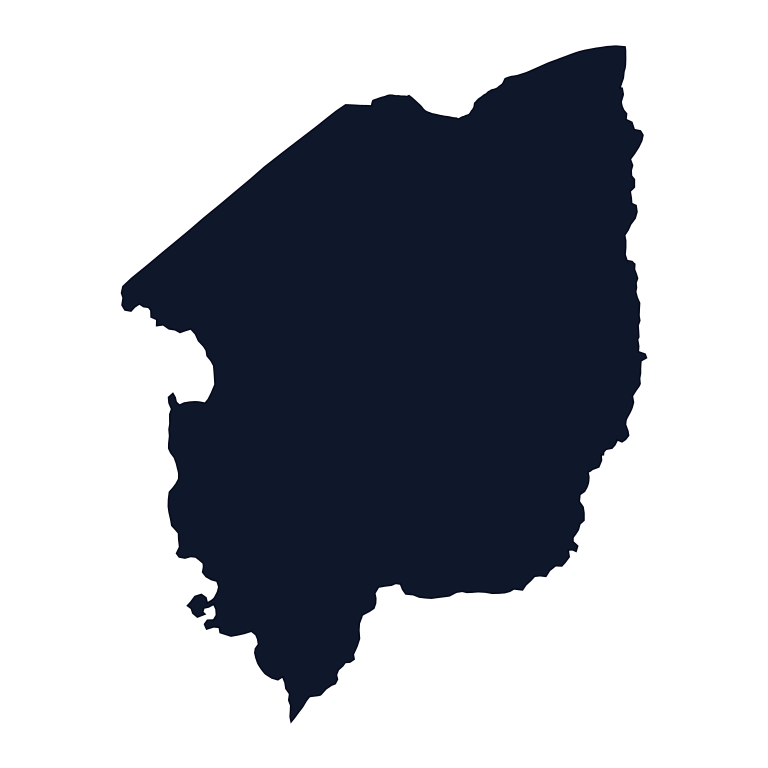 Marakwet East, Rift Valley, Kenya (orthographic projection)
{"feature_id": "3690345B26983318491135", "entity_name": "Marakwet East", "entity_type": "district", "adm_level": 2, "iso_a3": "KEN", "parent_name": "Kenya", "parent_adm1": "Rift Valley", "projection": "orthographic", "projection_center": [35.578, 1.135], "detail": "fine", "context": "isolated", "style": "filled", "palette": "ink", "viewbox_px": 768, "rotation_deg": 0, "n_neighbors": 0, "source": "geoboundaries", "source_scale": "gbopen_adm2", "svg_char_len": 5743}
<svg xmlns="http://www.w3.org/2000/svg" viewBox="0 0 768 768"><path d="M522.5,590.0L525.8,585.0L528.1,582.9L530.9,580.3L534.6,576.3L540.1,575.7L545.9,576.4L549.6,570.5L555.6,565.7L561.8,566.0L565.1,562.4L569.2,556.9L568.2,550.1L571.7,549.8L573.1,550.0L576.1,551.4L577.7,546.0L573.0,541.7L573.0,537.5L574.4,535.6L575.7,533.9L578.3,529.8L579.9,524.0L584.0,520.3L584.0,513.1L583.1,507.1L579.3,501.6L579.9,494.6L584.5,491.4L586.6,487.8L587.3,486.2L588.2,483.5L588.6,481.3L588.9,477.1L588.0,472.1L590.2,471.1L592.4,469.4L598.8,467.0L601.5,460.4L601.2,454.9L603.4,454.8L603.7,452.0L606.1,449.3L612.0,448.2L614.9,444.9L617.4,439.9L622.0,441.9L625.5,439.5L628.6,435.5L627.9,431.0L625.5,424.6L626.0,420.2L626.8,418.2L627.6,416.7L630.2,412.0L631.3,409.6L632.2,407.3L633.5,402.4L632.4,396.0L636.0,390.3L638.9,386.3L640.1,383.8L639.6,378.5L640.5,373.5L640.5,370.9L640.5,368.9L640.7,364.7L641.0,360.9L646.5,357.8L645.1,354.1L638.3,351.7L638.7,346.2L637.6,339.3L638.8,337.1L638.5,331.2L638.1,325.4L639.8,320.6L639.0,315.5L639.3,308.5L639.6,303.1L637.2,297.6L635.7,291.9L636.5,287.5L636.0,282.9L637.6,278.4L636.3,274.1L634.5,269.4L634.8,264.1L633.7,263.2L632.1,261.5L627.0,260.6L625.1,254.6L625.7,247.6L625.7,240.7L624.7,235.2L628.2,229.9L630.6,224.4L635.2,218.2L637.0,211.8L636.1,205.5L631.7,203.5L631.3,198.0L630.2,191.3L634.4,187.2L634.4,179.4L631.5,175.9L631.2,170.5L632.6,165.3L630.3,159.2L634.5,153.6L638.7,147.0L641.8,140.6L643.0,135.1L640.5,130.9L634.3,129.6L631.9,122.3L626.0,119.5L626.6,113.7L623.7,110.2L622.0,106.3L621.1,102.0L623.3,94.6L622.2,88.2L620.0,87.9L621.8,82.4L623.3,78.0L624.0,71.5L625.0,68.0L625.4,65.0L625.6,59.5L625.5,50.0L625.1,46.9L616.0,46.1L614.0,46.2L611.9,46.4L607.0,46.7L601.4,47.6L596.0,48.3L590.3,49.4L584.9,50.4L579.6,51.7L575.8,52.9L574.1,53.5L572.4,54.1L565.5,56.7L558.7,59.2L557.1,59.9L555.3,60.5L548.5,63.0L541.5,66.1L535.0,69.0L528.4,71.9L526.5,72.7L524.7,73.3L517.5,75.6L513.7,76.3L511.6,76.5L509.8,77.0L507.1,77.9L505.1,78.7L504.5,80.0L503.6,82.0L502.5,84.0L501.0,85.2L499.2,86.5L497.4,88.1L494.9,89.2L492.9,89.7L491.5,90.0L490.0,91.0L488.4,91.8L487.2,93.0L485.8,94.2L483.9,95.1L482.5,96.3L481.3,97.2L479.8,98.2L478.4,99.2L477.0,100.7L475.7,102.2L474.7,103.2L474.4,105.0L474.2,106.8L473.5,108.2L472.7,109.7L471.5,111.0L470.5,112.8L469.2,114.5L467.5,115.2L465.7,115.7L464.1,116.6L462.5,116.9L460.6,117.9L458.6,119.1L456.2,118.1L454.0,118.0L451.7,117.6L449.6,117.1L447.2,116.7L445.1,116.5L443.7,116.3L442.1,115.9L440.5,115.7L438.5,115.2L436.3,114.7L433.6,114.1L431.8,113.8L430.1,113.0L428.2,112.4L426.8,111.8L425.1,110.9L423.3,109.2L421.2,106.5L419.8,105.1L417.1,102.6L415.8,101.4L414.6,100.3L411.8,97.8L409.0,95.6L406.9,96.6L405.2,96.3L403.2,96.2L400.9,96.2L398.4,95.8L396.2,95.9L394.0,95.6L392.1,95.2L390.6,95.2L389.1,95.2L387.0,95.8L385.1,96.6L383.1,97.1L381.6,97.5L379.8,98.1L378.2,98.6L376.8,99.2L375.4,99.6L373.0,100.5L372.2,102.5L371.6,105.9L369.2,105.8L366.7,105.7L360.2,105.6L353.9,105.2L351.8,105.1L349.6,105.0L346.9,104.9L345.5,104.9L337.4,110.4L335.6,111.7L327.7,117.9L315.8,127.4L297.5,141.4L283.2,152.4L264.4,167.1L250.6,179.2L234.2,192.9L220.3,204.6L203.9,218.0L188.6,231.2L177.5,240.4L175.2,242.3L163.9,251.6L148.2,264.8L131.7,278.2L122.9,286.5L121.5,293.0L123.1,297.9L122.0,305.1L124.9,310.0L131.0,311.1L134.7,307.0L139.4,303.9L143.6,306.7L148.5,307.3L150.9,310.4L151.1,317.1L156.8,319.5L156.6,325.7L163.2,324.8L169.0,328.9L175.1,329.8L180.0,332.5L184.4,330.9L190.8,328.9L195.4,334.0L198.5,340.8L203.6,346.2L206.2,350.3L206.5,352.1L207.1,355.9L210.9,360.5L213.7,365.6L214.2,371.9L214.6,377.7L215.0,384.5L211.3,393.3L208.2,399.4L205.1,403.2L199.5,402.1L197.2,401.9L194.8,401.8L189.9,402.1L184.2,403.0L179.5,405.2L176.2,402.1L175.2,397.5L172.9,393.4L168.5,397.3L169.0,403.0L171.6,409.0L169.8,414.3L169.8,419.4L169.9,424.0L169.0,429.3L169.6,435.9L168.8,443.4L168.7,448.4L170.7,452.7L174.3,457.5L176.3,463.0L176.7,464.5L177.4,467.5L178.5,471.8L178.8,474.3L178.7,479.0L176.0,484.0L173.1,487.9L169.4,492.1L168.5,499.4L168.3,506.4L169.1,512.2L170.7,519.2L171.8,525.6L174.9,528.9L178.5,533.1L178.7,539.1L179.6,547.0L176.5,553.4L179.2,557.0L184.9,558.1L190.6,556.5L195.6,557.0L199.0,559.6L203.1,563.1L203.4,564.6L203.5,567.1L202.6,572.2L206.0,576.6L211.3,579.6L217.0,581.2L218.8,586.9L217.5,592.0L214.8,597.3L213.7,598.8L211.4,600.6L207.3,603.0L206.0,597.7L201.4,594.4L195.0,596.4L192.4,599.8L190.9,601.9L187.4,605.7L191.3,608.5L192.8,613.2L197.4,617.1L205.0,614.1L202.7,612.1L203.8,608.1L208.7,607.0L213.7,604.3L216.0,609.2L216.4,615.2L213.5,620.0L207.4,620.2L204.5,624.2L205.3,626.3L206.6,629.1L213.6,626.9L219.2,627.3L220.1,632.6L225.4,634.3L231.0,636.1L238.2,634.8L244.4,633.4L251.4,631.2L255.9,634.8L257.6,639.0L258.5,644.3L255.4,648.7L254.8,652.9L255.9,657.7L257.6,662.7L258.4,664.3L260.4,667.5L262.6,670.6L264.9,673.4L266.3,674.5L271.8,678.0L277.9,679.8L282.6,676.7L285.0,682.6L285.9,688.6L289.6,693.9L288.7,700.3L290.7,705.3L290.5,710.6L290.1,716.8L291.1,721.9L294.5,717.7L298.5,712.2L301.9,707.8L302.7,706.7L304.9,703.0L306.1,701.0L308.4,697.9L309.7,696.5L314.7,695.9L318.6,695.4L320.7,694.8L326.0,688.9L331.3,685.3L335.3,683.7L337.5,679.3L336.4,674.9L338.4,669.8L342.8,665.9L345.2,662.5L350.0,662.1L354.2,659.2L353.3,654.4L355.5,649.6L357.1,646.0L359.5,638.7L358.9,630.2L359.3,623.5L360.7,619.7L361.5,617.7L362.2,615.2L364.5,613.9L367.5,612.3L369.3,611.4L373.9,608.3L375.6,603.3L375.8,598.2L374.8,593.3L378.5,587.1L384.9,586.0L391.5,585.2L395.7,583.4L400.5,584.1L402.7,589.6L405.8,594.0L413.3,594.7L419.3,597.1L426.4,597.9L431.6,598.2L436.7,597.5L443.8,596.6L449.3,595.9L455.6,592.6L457.0,592.1L462.3,591.3L466.7,592.4L471.8,592.2L478.3,591.7L485.4,592.1L492.3,593.3L499.3,593.1L504.7,592.7L509.9,591.3L513.9,588.9L520.3,589.7L522.5,590.0Z" fill="#0f172a" stroke="#020617" stroke-width="1.5"/></svg>